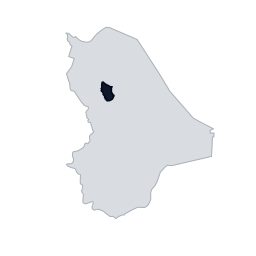 Afaq, Al-Qādisiyyah, Iraq (highlighted), rotated 198°
{"feature_id": "34846034B39567841057501", "entity_name": "Afaq", "entity_type": "district", "adm_level": 2, "iso_a3": "IRQ", "parent_name": "Iraq", "parent_adm1": "Al-Qādisiyyah", "projection": "mercator", "projection_center": [45.306, 32.022], "detail": "fine", "context": "in_parent", "style": "filled", "palette": "ink", "viewbox_px": 256, "rotation_deg": 198, "n_neighbors": 0, "source": "geoboundaries", "source_scale": "gbopen_adm2", "svg_char_len": 5059}
<svg xmlns="http://www.w3.org/2000/svg" viewBox="0 0 256 256"><g transform="rotate(198 128 128)"><path d="M104.5,44.2L106.3,43.7L109.5,41.0L111.4,38.4L112.0,38.2L113.7,39.1L114.9,39.3L117.8,38.3L119.4,38.8L120.8,39.5L121.6,39.5L125.4,41.1L126.3,41.3L128.3,41.5L131.2,41.6L133.1,40.6L134.4,39.5L135.3,39.6L136.2,39.8L137.0,40.2L137.6,41.0L137.9,42.1L137.8,45.5L138.1,46.4L138.6,47.0L139.2,47.1L140.0,46.4L141.4,45.3L143.1,44.1L144.4,43.1L145.1,42.7L146.2,42.7L147.3,42.9L147.9,43.4L148.0,43.6L148.5,45.2L150.0,51.2L150.9,51.9L151.9,52.6L152.5,53.5L152.8,54.3L152.7,55.7L152.7,57.3L153.1,58.5L153.7,59.5L154.2,59.9L155.0,60.0L155.9,60.2L156.5,61.1L158.5,67.9L158.7,68.8L159.5,69.0L160.9,68.9L162.3,69.6L163.8,70.7L165.2,72.7L166.2,73.1L169.2,72.8L173.3,73.1L175.2,74.2L175.0,74.8L173.5,75.5L170.9,76.4L170.1,77.8L169.7,79.7L169.8,80.7L170.4,81.9L172.3,84.2L172.4,85.0L172.7,86.2L173.0,86.9L172.7,88.5L171.0,89.5L168.8,90.6L164.4,95.7L164.1,96.8L164.1,99.8L163.7,100.6L162.3,100.6L161.2,100.5L161.2,101.5L160.5,102.9L160.1,104.1L161.7,107.0L162.0,108.5L161.7,109.9L160.2,112.2L159.4,113.8L159.6,114.2L160.7,114.8L164.3,120.0L165.5,121.8L167.0,121.3L167.6,121.4L168.1,121.7L168.3,122.3L168.3,123.0L168.0,124.2L169.9,124.7L170.6,125.9L172.9,129.9L172.8,131.1L171.7,133.0L171.7,134.2L171.9,135.3L172.3,135.7L175.6,135.9L177.0,136.3L180.5,138.4L184.5,141.5L187.7,144.1L190.5,146.3L193.4,146.1L194.2,146.5L195.0,147.2L195.8,149.0L197.5,153.0L199.0,154.4L201.2,157.6L203.3,160.6L201.9,164.7L200.6,168.9L200.6,174.4L200.6,177.4L203.4,177.5L206.5,177.6L206.6,181.1L206.6,184.6L206.6,188.6L207.5,188.8L209.0,189.6L209.6,190.9L210.4,191.6L211.4,191.8L212.3,192.4L213.2,193.5L213.6,194.4L213.3,195.0L213.5,196.1L214.2,197.6L215.0,198.3L216.2,199.1L214.5,199.6L212.7,199.3L208.9,197.5L207.7,197.5L206.0,198.1L206.0,198.7L201.9,196.8L200.4,196.4L199.9,196.3L197.6,196.3L194.3,196.7L192.3,197.5L191.0,198.3L190.4,199.2L190.1,199.6L189.1,202.0L187.9,205.2L186.6,208.0L184.1,211.9L182.8,213.7L179.8,217.1L176.7,217.8L169.3,217.1L161.2,216.4L153.1,215.6L147.1,215.1L146.6,214.9L140.6,210.1L135.9,206.3L130.1,201.5L124.0,196.6L117.9,191.6L113.5,188.0L108.1,183.3L103.2,179.1L99.4,175.7L94.4,172.8L90.5,170.4L84.9,167.1L80.4,164.4L76.5,162.1L70.6,158.5L68.6,157.5L62.4,156.3L56.6,155.3L50.5,154.3L46.5,153.6L49.2,151.0L48.4,148.7L46.4,149.2L44.6,149.7L43.6,146.1L44.9,145.7L43.7,141.0L42.3,136.2L41.1,131.6L39.8,126.8L44.9,123.7L48.7,121.4L54.1,118.2L59.2,115.1L64.1,112.1L69.5,108.9L74.4,105.9L78.8,104.7L79.8,103.8L81.8,99.8L83.5,96.4L83.6,95.6L83.6,90.7L83.9,84.9L84.5,81.8L85.5,79.1L86.4,77.1L86.5,75.2L86.4,73.3L85.4,70.5L84.4,67.5L84.5,64.6L84.7,63.0L85.3,60.5L86.4,58.7L87.5,57.6L91.7,56.4L94.2,55.7L97.6,52.5L99.6,50.6L102.3,47.5L104.4,45.3L104.5,44.5L104.5,44.2Z" fill="#d9dde1" stroke="#a8b0b8" stroke-width="1"/><path d="M163.4,154.3L163.2,154.3L162.9,154.1L162.7,154.0L162.5,153.7L162.4,153.5L162.3,153.0L162.2,152.7L162.1,152.3L161.6,152.0L161.3,151.8L160.8,151.5L160.7,151.4L160.5,151.2L160.2,151.0L160.0,150.9L159.8,150.7L159.6,150.6L159.4,150.4L159.6,150.1L159.6,149.8L159.4,149.8L159.0,149.8L158.8,149.8L158.7,149.8L158.7,149.1L158.7,148.8L158.7,148.7L158.3,148.7L157.7,148.6L157.4,148.6L157.2,148.6L157.1,148.2L157.0,147.9L157.0,147.6L156.7,147.6L156.3,147.5L156.1,147.5L155.8,147.6L155.5,147.7L155.4,147.8L155.2,147.8L154.8,148.0L154.2,148.2L154.0,148.3L153.9,148.4L153.8,148.5L153.7,148.7L153.6,148.8L153.4,149.0L153.2,149.1L153.0,149.3L152.8,149.4L152.6,149.6L152.4,149.9L152.3,150.0L152.1,150.3L151.9,150.5L151.8,150.9L151.7,151.0L151.6,151.3L151.5,151.5L151.6,151.9L151.6,152.0L151.8,152.4L151.8,152.5L151.7,152.6L151.8,152.7L152.0,152.8L152.0,153.0L151.9,153.1L151.7,153.3L151.4,153.4L151.4,153.5L151.3,153.9L151.3,154.0L151.3,154.3L151.3,154.5L151.3,154.9L151.3,155.0L151.2,155.0L151.3,155.0L151.5,155.0L151.6,154.9L151.7,154.7L151.8,154.6L151.9,154.8L152.3,154.9L152.6,155.0L152.9,155.0L153.0,155.1L153.1,155.3L153.1,155.5L153.3,155.7L153.5,155.9L153.6,156.1L153.8,156.3L154.0,156.3L154.2,156.5L154.8,156.9L154.8,157.1L155.2,157.8L155.3,158.2L155.3,158.6L155.5,159.0L155.7,159.6L156.0,160.2L156.2,160.4L155.9,161.1L156.0,161.6L156.0,162.2L156.3,162.1L156.5,162.1L156.5,161.8L156.6,161.7L156.8,161.7L157.1,161.8L157.4,161.8L157.6,161.8L157.8,161.9L158.2,161.9L158.5,162.0L158.8,162.0L159.0,162.1L159.5,162.3L159.8,162.4L160.0,162.4L160.3,162.4L160.6,162.4L160.8,162.4L161.2,162.5L161.5,162.5L162.1,162.6L162.3,162.7L162.6,162.8L162.8,162.8L163.0,162.9L163.3,163.0L163.5,163.0L164.0,163.2L164.2,163.3L164.4,163.4L164.8,163.5L165.2,163.7L165.7,163.8L166.0,164.0L166.3,163.8L166.5,163.7L166.7,163.4L166.7,162.9L166.7,162.6L166.4,161.8L166.4,161.5L166.4,161.2L166.4,160.9L166.3,160.7L166.2,160.6L166.1,160.1L165.9,159.7L165.8,159.3L165.6,159.0L165.5,158.7L165.4,158.6L165.4,158.1L165.5,157.9L165.6,157.5L165.7,157.3L165.5,157.0L165.3,156.7L165.0,156.3L164.8,156.1L164.7,155.9L164.6,155.7L164.9,155.4L165.0,155.3L165.0,155.2L164.9,155.0L164.7,154.9L164.2,154.7L163.8,154.5L163.7,154.4L163.4,154.3Z" fill="#0f172a" stroke="#020617" stroke-width="1.5"/></g></svg>